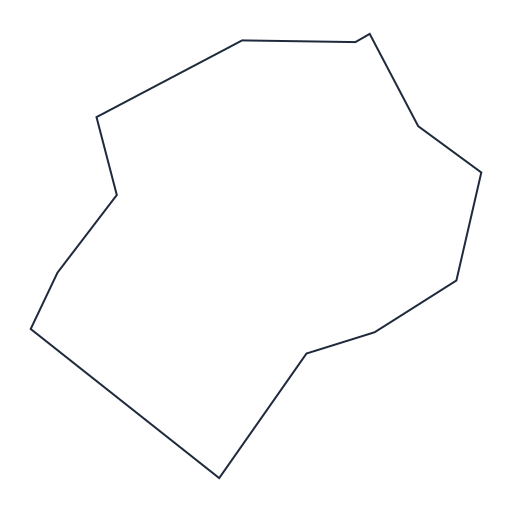 outline of Kokand city, Ferghana, Uzbekistan
{"feature_id": "79887680B18672713259949", "entity_name": "Kokand city", "entity_type": "district", "adm_level": 2, "iso_a3": "UZB", "parent_name": "Uzbekistan", "parent_adm1": "Ferghana", "projection": "robinson", "projection_center": [70.933, 40.526], "detail": "fine", "context": "isolated", "style": "outline", "palette": "slate", "viewbox_px": 512, "rotation_deg": 0, "n_neighbors": 0, "source": "geoboundaries", "source_scale": "gbopen_adm2", "svg_char_len": 289}
<svg xmlns="http://www.w3.org/2000/svg" viewBox="0 0 512 512"><path d="M456.4,280.5L481.3,172.5L418.2,126.2L369.7,33.9L355.4,42.1L242.1,40.4L96.5,117.1L116.8,195.0L57.5,272.6L30.7,329.0L219.2,478.1L306.5,353.5L374.7,332.2L456.4,280.5Z" fill="none" stroke="#1e293b" stroke-width="2"/></svg>